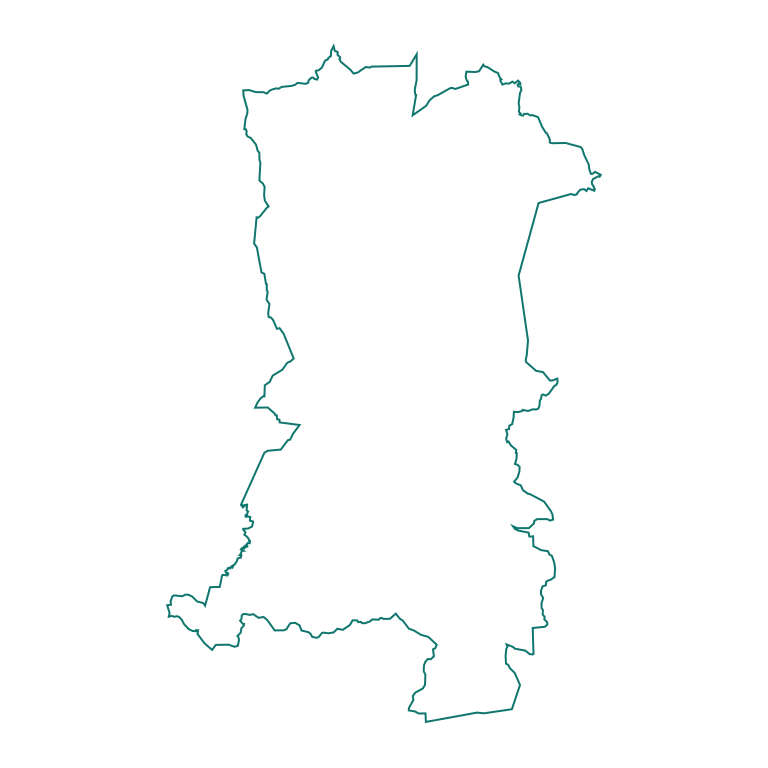 the district of San Julián, Jalisco, Mexico
{"feature_id": "50627088B41443531165515", "entity_name": "San Julián", "entity_type": "district", "adm_level": 2, "iso_a3": "MEX", "parent_name": "Mexico", "parent_adm1": "Jalisco", "projection": "mercator", "projection_center": [-102.176, 20.994], "detail": "fine", "context": "isolated", "style": "outline", "palette": "teal", "viewbox_px": 768, "rotation_deg": 0, "n_neighbors": 0, "source": "geoboundaries", "source_scale": "gbopen_adm2", "svg_char_len": 6041}
<svg xmlns="http://www.w3.org/2000/svg" viewBox="0 0 768 768"><path d="M511.9,709.2L520.0,685.0L514.8,673.1L510.1,668.4L508.2,664.9L506.0,663.6L505.6,655.7L506.3,648.9L507.4,646.7L506.6,644.4L513.1,647.0L514.9,648.7L525.3,650.6L529.6,654.1L532.7,654.5L533.5,653.9L532.7,628.0L544.8,626.8L547.3,624.6L547.3,622.4L544.3,619.2L544.7,616.9L542.7,614.6L542.9,609.9L541.6,608.2L541.5,603.2L543.2,598.1L541.0,594.1L541.0,590.9L542.5,586.5L545.9,585.2L546.2,581.9L546.9,581.0L550.7,579.7L554.5,577.1L555.1,568.4L554.3,562.9L551.9,555.9L549.4,554.4L547.9,551.2L541.0,550.1L533.4,546.1L533.1,536.3L529.4,536.6L528.6,532.6L518.3,530.6L515.0,529.0L513.0,526.3L517.2,528.1L528.9,528.1L533.9,523.5L534.3,520.9L537.2,519.1L547.3,519.1L550.0,520.6L553.1,519.6L552.4,514.4L550.9,511.1L544.1,501.6L529.3,493.8L528.1,493.9L522.9,490.1L520.8,485.4L515.7,483.2L514.1,481.7L517.5,477.6L519.4,471.5L519.6,466.8L517.5,464.8L515.0,464.0L516.5,458.7L516.8,453.2L515.8,452.9L516.3,450.0L510.9,445.4L508.5,441.5L507.2,442.2L506.1,438.8L507.4,434.2L506.1,429.9L509.0,429.1L509.3,425.7L512.2,424.1L513.6,417.6L513.9,411.8L518.0,412.1L522.4,410.9L522.6,409.9L528.2,411.0L532.4,409.4L536.5,409.4L538.3,408.6L539.4,406.0L539.9,400.4L541.0,398.8L541.7,395.1L543.0,394.4L545.8,395.6L548.9,393.6L554.3,386.0L556.4,384.8L557.6,382.0L557.3,378.6L552.7,380.4L550.0,380.6L543.0,372.1L536.0,370.8L526.1,362.0L525.7,360.4L526.8,354.6L528.0,340.5L518.6,275.6L538.6,203.0L571.1,194.0L574.4,195.1L577.1,194.1L577.3,193.1L580.2,189.8L584.1,189.1L586.5,191.0L588.2,188.3L594.3,190.8L594.8,189.0L593.8,188.0L593.8,186.6L592.2,184.4L591.7,181.9L593.2,178.9L598.8,176.1L599.6,176.7L600.8,174.8L595.0,171.9L592.4,173.8L590.8,173.8L589.2,168.7L588.7,164.4L584.4,155.5L582.3,149.1L580.8,147.1L565.7,143.0L551.8,143.2L549.8,142.5L549.9,139.7L547.0,133.4L546.0,133.0L542.2,127.0L538.0,117.1L532.7,115.2L530.1,115.4L527.7,113.8L524.1,113.9L523.2,115.5L522.2,115.6L519.7,114.5L520.6,113.6L518.9,111.9L519.4,107.0L518.6,103.7L520.0,93.0L521.4,90.0L520.6,86.4L518.3,86.5L517.6,84.8L518.4,83.8L520.3,84.0L520.3,83.0L518.1,80.6L514.7,83.2L512.4,81.6L509.2,83.6L505.6,83.4L502.4,84.6L500.4,80.7L500.3,79.8L501.4,79.4L499.6,77.3L498.0,73.0L493.9,71.3L487.6,67.2L484.3,66.2L483.3,64.7L479.1,71.2L475.6,72.0L466.4,71.7L465.6,76.7L466.9,80.8L467.8,81.4L468.2,84.5L455.3,89.0L452.2,87.9L450.1,88.2L437.7,95.2L434.1,96.3L429.4,100.5L426.2,105.8L412.7,115.3L416.1,94.9L415.3,94.6L414.7,89.8L416.6,80.4L416.7,54.2L409.7,65.9L371.7,66.6L369.6,67.6L365.8,67.0L357.7,72.5L353.6,73.6L350.4,69.7L340.8,61.8L339.4,59.1L340.2,58.0L339.9,56.9L337.5,54.9L337.7,52.0L334.8,50.9L333.6,46.1L331.1,51.1L330.9,56.0L328.1,58.2L327.8,59.4L325.2,60.5L321.8,67.7L318.6,70.3L315.9,70.8L315.8,71.9L318.1,77.5L317.0,79.6L314.1,78.8L313.3,77.6L311.6,77.6L308.6,80.4L308.1,82.8L305.9,83.8L297.5,82.9L295.3,84.7L291.7,85.9L281.7,86.9L278.8,88.7L276.0,88.4L272.8,89.3L269.9,90.5L266.9,93.6L263.5,92.2L255.8,92.1L249.3,90.1L243.2,90.4L243.6,95.9L247.5,109.9L247.3,113.5L245.5,119.0L244.3,129.2L246.0,129.4L246.7,131.8L246.2,134.1L247.5,136.4L250.8,138.0L256.0,144.6L257.7,150.8L259.3,152.7L259.5,160.1L260.4,162.7L259.4,180.5L262.8,183.5L264.6,186.8L264.1,195.3L264.9,200.8L268.6,206.5L266.7,207.9L260.1,216.2L257.6,217.9L256.6,217.4L254.1,243.6L256.9,247.5L261.5,272.5L264.3,273.7L266.0,283.9L266.8,284.2L266.8,290.4L267.7,291.7L266.5,299.5L269.4,304.0L268.2,313.2L268.7,317.1L270.9,317.5L273.1,320.0L276.9,328.8L279.6,328.2L283.7,333.9L293.7,358.5L290.5,361.4L287.2,362.8L282.3,369.8L272.7,375.6L269.8,381.8L264.8,385.3L264.4,396.3L263.6,396.0L260.6,398.4L257.7,402.2L255.1,407.7L267.8,407.5L274.9,413.8L275.4,415.2L276.8,415.4L277.1,419.2L279.4,419.7L279.7,422.4L299.6,425.0L293.2,433.5L290.1,439.7L288.0,440.1L280.7,449.6L267.5,450.8L264.3,452.9L241.0,504.8L242.9,507.4L243.5,506.9L242.5,505.3L245.2,505.6L245.0,505.0L247.1,504.6L246.6,510.2L248.1,511.5L246.8,514.4L245.6,515.2L245.6,516.7L246.4,516.8L247.2,515.6L248.2,516.7L250.3,517.0L249.9,520.7L253.1,521.5L252.1,526.5L247.8,528.6L243.2,528.8L243.4,530.0L245.5,532.1L244.4,534.8L246.4,536.2L248.5,538.5L249.2,540.8L250.0,540.9L249.7,543.2L248.1,542.8L246.1,545.0L246.1,545.5L247.3,545.6L247.3,546.5L245.4,546.0L245.5,546.9L244.0,546.7L243.7,547.5L244.6,548.0L244.1,548.6L242.1,547.9L240.9,549.5L243.4,550.8L241.9,551.0L240.5,554.0L241.2,554.7L239.8,555.3L241.1,555.9L241.0,557.5L237.5,558.5L237.1,560.6L234.7,564.5L232.2,566.0L233.0,566.5L232.3,567.8L231.0,567.2L229.3,567.8L229.6,568.3L227.7,568.3L227.5,569.6L225.3,571.1L225.8,572.3L226.9,573.2L227.7,572.9L228.3,574.2L227.8,574.8L227.8,574.2L226.7,574.2L225.5,575.2L222.7,574.9L222.0,575.7L219.8,586.9L210.1,587.2L205.1,605.7L203.3,603.1L197.0,601.4L192.3,596.6L188.2,594.7L185.2,594.7L182.4,596.2L173.9,595.4L172.3,596.5L170.6,601.2L171.0,604.7L167.2,605.3L169.6,613.0L168.8,616.7L171.8,615.9L174.3,616.8L176.8,616.2L179.1,616.9L181.8,619.8L184.1,624.2L188.7,629.1L192.6,631.0L195.9,631.2L195.9,630.2L198.1,630.3L197.5,634.0L204.6,643.4L212.1,649.9L215.8,644.9L228.7,644.7L234.6,646.8L237.8,645.8L239.0,640.1L238.5,637.2L237.4,636.0L240.6,632.8L241.4,628.3L243.8,625.5L244.1,624.1L243.2,624.2L240.1,620.7L241.4,619.3L241.8,615.3L243.1,614.2L245.0,613.9L249.7,614.9L253.3,614.2L258.5,617.8L263.6,617.0L267.3,620.1L274.7,630.4L284.0,630.3L286.4,629.2L290.2,623.3L295.1,622.8L299.5,625.3L301.5,630.5L308.2,632.1L310.4,633.6L312.3,636.9L316.0,637.7L318.3,637.4L322.1,632.9L323.3,632.6L328.3,633.3L333.7,632.4L337.3,628.8L342.8,629.8L349.9,625.0L352.6,620.3L357.2,620.4L358.2,622.1L360.9,621.9L362.1,623.2L365.1,623.2L369.8,621.5L372.4,619.4L378.8,619.7L380.2,618.1L381.7,617.9L383.4,618.9L390.0,618.8L395.8,613.6L399.9,618.8L402.8,620.6L408.9,628.7L413.7,630.4L421.0,634.8L428.3,636.9L436.7,644.7L435.2,648.3L433.0,649.3L433.9,656.4L430.8,659.2L427.8,659.0L425.4,661.7L424.0,665.3L423.7,671.2L425.4,674.7L425.0,684.9L422.8,688.5L415.3,692.6L412.8,696.1L413.4,700.0L408.9,708.0L408.8,710.4L415.1,711.5L418.6,713.5L425.5,713.4L425.9,721.9L477.0,712.6L484.1,713.3L511.9,709.2Z" fill="none" stroke="#0f766e" stroke-width="2"/></svg>